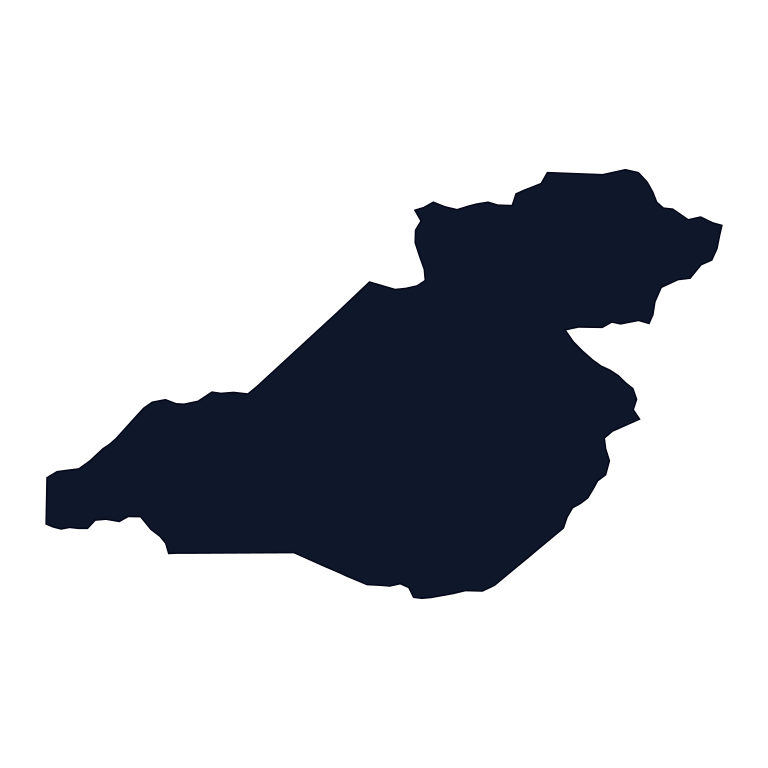 outline of Três Coroas, Rio Grande do Sul, Brazil
{"feature_id": "56859067B74226062291931", "entity_name": "Três Coroas", "entity_type": "district", "adm_level": 2, "iso_a3": "BRA", "parent_name": "Brazil", "parent_adm1": "Rio Grande do Sul", "projection": "robinson", "projection_center": [-50.767, -29.471], "detail": "fine", "context": "isolated", "style": "filled", "palette": "ink", "viewbox_px": 768, "rotation_deg": 0, "n_neighbors": 0, "source": "geoboundaries", "source_scale": "gbopen_adm2", "svg_char_len": 1716}
<svg xmlns="http://www.w3.org/2000/svg" viewBox="0 0 768 768"><path d="M369.5,282.0L336.1,313.7L257.0,386.5L247.9,394.0L233.5,392.4L221.0,393.4L211.9,392.1L198.0,401.3L184.1,404.2L176.2,403.8L165.4,399.7L152.3,402.2L143.7,408.2L137.7,414.7L116.0,438.7L109.6,444.3L103.0,448.7L89.8,461.0L78.8,468.9L68.2,470.2L57.0,471.7L47.0,477.7L46.1,524.0L53.3,527.0L61.2,529.0L69.6,527.4L78.7,528.4L87.5,528.4L95.2,520.1L106.1,519.2L119.3,521.5L128.1,516.5L140.6,516.7L151.1,529.5L160.0,536.3L165.7,543.2L168.7,553.5L176.7,553.1L193.8,553.1L293.9,552.6L325.7,566.8L339.5,572.7L347.0,576.2L367.1,584.6L379.6,585.2L389.8,586.0L400.2,583.7L408.8,587.5L413.6,597.3L421.9,598.3L431.0,597.5L453.2,593.5L465.4,590.6L482.5,591.0L494.6,585.2L517.7,566.0L528.2,557.4L537.3,549.7L563.4,528.0L567.1,517.1L572.5,507.8L580.8,503.2L587.7,497.9L593.1,489.0L597.6,480.8L605.6,474.8L609.4,460.8L605.6,448.7L604.3,438.1L612.3,431.2L639.5,419.1L633.2,409.7L636.6,399.4L632.9,388.6L625.7,383.0L618.2,375.6L609.9,370.2L600.9,366.0L592.6,360.0L582.6,351.2L573.3,341.8L565.0,329.9L578.4,327.0L602.2,327.4L611.8,322.0L620.6,323.9L638.6,320.4L649.0,323.5L652.9,314.7L654.9,301.8L661.2,287.4L678.0,279.6L690.1,278.2L701.0,264.8L711.8,260.0L717.0,248.5L719.5,235.8L721.9,225.4L712.8,222.9L700.6,217.0L688.2,219.8L672.7,209.1L663.4,208.1L656.7,202.2L652.9,192.4L647.1,182.0L638.3,172.6L625.4,169.7L602.7,174.7L547.4,172.6L541.1,183.6L524.0,190.3L516.0,193.9L512.2,205.6L497.7,205.1L488.1,202.2L476.3,204.1L468.3,206.2L457.1,209.7L444.9,206.8L433.3,202.2L423.7,207.6L414.9,210.2L421.1,221.0L415.5,230.2L415.2,242.7L419.4,255.6L424.3,269.4L425.3,280.5L417.0,285.9L405.9,288.4L395.1,289.5L369.5,282.0Z" fill="#0f172a" stroke="#020617" stroke-width="1.5"/></svg>